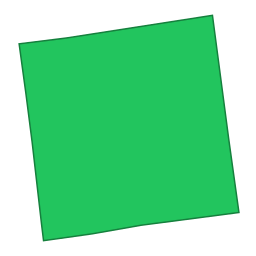 the district of Marion, Illinois, United States of America, rotated 352°
{"feature_id": "52423323B11671877616863", "entity_name": "Marion", "entity_type": "district", "adm_level": 2, "iso_a3": "USA", "parent_name": "United States of America", "parent_adm1": "Illinois", "projection": "orthographic", "projection_center": [-88.957, 38.65], "detail": "fine", "context": "isolated", "style": "filled", "palette": "green", "viewbox_px": 256, "rotation_deg": 352, "n_neighbors": 0, "source": "geoboundaries", "source_scale": "gbopen_adm2", "svg_char_len": 304}
<svg xmlns="http://www.w3.org/2000/svg" viewBox="0 0 256 256"><g transform="rotate(352 128 128)"><path d="M226.1,227.1L226.2,152.9L227.3,28.2L79.3,30.3L31.9,29.5L31.7,79.2L31.1,128.7L29.0,211.2L28.7,227.8L78.0,227.8L127.1,226.1L226.1,227.1Z" fill="#22c55e" stroke="#15803d" stroke-width="1.5"/></g></svg>